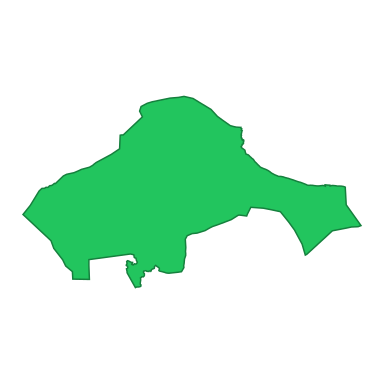 the district of Argungu, Kebbi, Nigeria
{"feature_id": "59680162B80605638185127", "entity_name": "Argungu", "entity_type": "district", "adm_level": 2, "iso_a3": "NGA", "parent_name": "Nigeria", "parent_adm1": "Kebbi", "projection": "mercator", "projection_center": [4.517, 12.694], "detail": "fine", "context": "isolated", "style": "filled", "palette": "green", "viewbox_px": 384, "rotation_deg": 0, "n_neighbors": 0, "source": "geoboundaries", "source_scale": "gbopen_adm2", "svg_char_len": 5171}
<svg xmlns="http://www.w3.org/2000/svg" viewBox="0 0 384 384"><path d="M184.0,96.4L178.6,97.4L170.1,98.1L152.5,101.7L147.2,103.3L141.1,106.5L139.6,111.1L142.4,116.9L123.3,134.9L121.1,135.0L120.2,135.2L119.6,148.6L119.6,148.8L111.1,154.5L96.2,162.5L93.6,164.5L92.8,165.3L89.5,167.2L81.4,169.4L78.9,170.6L74.0,172.7L66.6,174.3L63.3,176.0L55.4,183.6L54.4,183.4L52.5,185.0L51.2,185.6L50.0,185.6L48.9,186.4L48.5,187.1L47.5,187.4L46.0,187.3L44.5,188.3L41.9,188.4L39.1,191.0L30.3,205.4L23.0,214.5L51.0,240.7L53.8,248.4L62.7,259.8L65.7,266.0L72.4,271.6L72.8,279.1L89.4,279.4L88.9,265.7L88.9,259.6L130.5,254.0L133.8,254.8L134.0,255.8L134.2,257.3L134.7,257.8L135.9,258.1L136.2,259.3L136.5,260.7L137.0,261.4L137.2,262.5L136.5,263.7L135.5,264.1L134.5,263.8L133.8,264.5L133.3,264.9L132.3,264.7L131.7,264.3L131.8,263.7L132.6,263.1L132.6,262.4L131.7,262.4L130.9,262.2L129.8,261.6L128.7,261.0L127.5,260.7L126.7,261.5L127.0,262.2L126.8,262.9L127.1,263.8L126.2,265.1L126.5,265.7L127.6,266.2L127.8,267.8L127.4,268.4L126.5,268.7L126.6,269.6L127.0,271.1L127.1,272.8L135.4,287.6L136.6,287.0L138.2,287.0L139.5,286.8L140.7,286.4L141.0,285.0L140.2,284.1L140.3,282.6L140.7,280.0L140.5,277.8L141.3,277.4L141.7,276.8L142.4,276.8L143.2,276.9L144.1,276.1L144.4,275.3L144.4,274.6L144.4,273.7L143.6,272.8L143.5,271.7L143.6,271.2L144.4,271.0L145.5,270.7L146.1,270.7L146.7,271.3L147.6,271.4L149.0,271.5L149.2,271.1L149.9,270.8L150.5,271.0L150.8,271.3L151.1,270.9L151.3,270.5L151.4,269.7L152.2,269.2L152.7,268.8L153.4,268.8L154.3,268.3L154.4,267.5L154.4,266.7L155.1,265.9L155.7,265.4L157.1,266.5L158.7,267.6L159.3,268.3L159.4,269.2L159.2,269.5L158.9,270.6L159.9,271.2L161.4,271.5L164.4,272.3L166.1,272.9L167.4,273.1L169.0,273.2L171.8,272.9L177.5,272.3L181.5,271.7L183.9,267.6L183.7,265.7L184.1,263.4L184.5,259.0L185.7,255.5L185.7,253.1L185.5,251.8L185.8,247.5L185.3,239.2L187.2,235.7L192.1,233.6L197.1,233.1L205.1,230.6L209.6,228.0L212.6,226.5L217.0,225.0L224.3,222.3L231.3,219.6L238.3,215.2L239.8,215.1L246.7,216.0L247.4,214.1L250.8,207.3L263.3,208.2L271.1,209.7L280.4,211.7L288.6,221.9L294.5,230.0L302.1,244.1L305.3,255.1L306.8,254.3L332.4,230.8L345.8,228.2L351.5,227.0L358.1,226.7L361.0,225.6L346.2,204.8L345.6,193.5L345.3,188.4L345.3,187.2L344.8,186.9L343.8,186.6L343.2,186.4L342.4,186.3L341.2,186.1L340.4,186.1L339.0,186.0L338.0,186.1L336.9,186.0L336.1,185.8L335.2,185.7L334.2,185.6L333.1,185.5L331.9,185.5L330.9,185.8L330.1,186.0L330.0,185.2L326.7,185.0L326.2,184.9L325.1,184.8L325.3,186.1L325.1,186.0L324.6,185.9L324.1,185.7L323.6,185.6L323.0,185.5L322.5,185.5L322.1,185.5L321.6,185.6L321.1,185.7L320.5,185.7L319.9,185.8L319.2,185.9L318.6,185.9L318.0,186.0L317.3,185.9L316.8,185.9L316.4,185.9L315.8,185.8L315.2,185.7L314.2,185.6L313.1,185.4L312.3,185.3L311.6,185.3L310.4,185.2L309.7,185.3L308.4,185.3L307.9,185.3L307.5,185.2L307.1,185.0L306.1,184.5L304.9,184.0L301.0,182.5L300.1,182.2L299.6,182.1L299.1,182.0L297.8,181.6L294.7,180.5L293.1,179.9L290.8,179.2L289.9,178.9L289.1,178.6L288.8,178.5L288.2,178.3L287.5,178.2L287.0,178.0L286.6,177.9L285.9,177.8L285.4,177.6L285.0,177.5L284.4,177.3L283.9,177.1L283.3,176.9L282.8,176.8L282.3,176.7L281.8,176.6L281.3,176.5L280.8,176.4L280.2,176.4L279.5,176.4L279.0,176.4L278.6,176.4L278.3,176.3L277.9,176.1L277.4,175.9L276.8,175.6L276.0,175.3L274.8,174.8L274.0,174.4L273.6,174.2L272.8,173.7L271.9,173.3L270.8,172.5L270.0,171.8L268.7,170.9L267.1,170.0L265.6,169.3L263.6,168.6L262.3,168.0L261.5,167.7L260.7,167.3L260.1,166.9L259.6,166.4L259.1,165.8L258.3,165.1L257.5,164.3L256.4,163.1L255.0,161.8L254.4,161.0L254.0,160.4L253.8,160.0L253.5,159.6L253.2,159.3L252.8,158.9L252.0,158.4L251.4,157.8L250.8,157.2L250.1,156.7L249.5,156.0L248.9,155.4L248.4,155.0L248.1,154.8L247.9,154.7L247.2,154.5L246.5,154.2L245.9,154.0L245.7,153.2L245.3,152.1L244.9,150.2L241.5,147.6L241.1,146.5L241.4,146.3L241.6,146.2L241.9,145.7L242.0,145.6L242.0,145.3L242.1,145.0L242.1,144.9L242.0,144.7L242.1,144.4L242.3,144.3L242.5,144.2L242.8,144.2L243.0,144.1L243.1,143.9L243.2,143.7L243.3,143.4L243.5,143.2L243.4,143.0L243.3,142.9L243.3,142.6L243.4,142.4L243.5,142.2L243.6,141.9L243.7,141.7L243.5,141.3L243.7,141.1L243.7,140.9L243.6,140.6L243.8,140.4L243.8,140.2L243.6,140.1L243.4,140.1L243.3,139.8L243.1,139.7L243.0,139.8L242.9,140.0L242.7,140.2L242.4,140.2L242.1,139.9L242.0,139.7L242.2,139.4L242.1,139.2L241.9,138.8L241.9,138.7L242.0,138.5L242.0,138.4L241.9,138.2L241.7,138.2L241.4,138.1L241.4,137.9L241.4,137.6L241.2,137.4L241.2,137.2L241.3,137.0L241.3,136.8L241.2,136.6L241.2,136.3L241.2,136.1L241.1,135.9L241.1,135.7L241.3,135.5L241.4,135.4L241.4,135.2L241.5,135.1L241.4,134.9L241.2,134.7L241.1,134.3L241.1,134.2L241.3,134.0L241.4,133.8L241.4,133.7L241.5,133.3L241.5,133.2L241.6,132.8L241.6,132.6L241.7,132.4L241.7,132.1L241.7,131.9L241.8,131.8L241.8,131.7L241.9,131.4L241.9,131.2L242.0,130.9L242.2,130.7L242.0,130.4L241.7,130.5L241.4,130.4L241.5,130.2L241.6,129.9L241.6,129.6L241.5,129.3L241.5,129.2L241.6,128.9L241.7,128.7L241.3,128.5L241.2,128.4L241.0,128.2L240.9,128.1L240.8,127.8L240.7,127.7L240.8,127.7L240.9,127.4L236.2,127.1L233.5,126.5L230.2,125.6L222.3,120.0L217.4,116.4L211.0,109.4L199.4,102.4L193.1,98.5L184.0,96.4Z" fill="#22c55e" stroke="#15803d" stroke-width="1.5"/></svg>